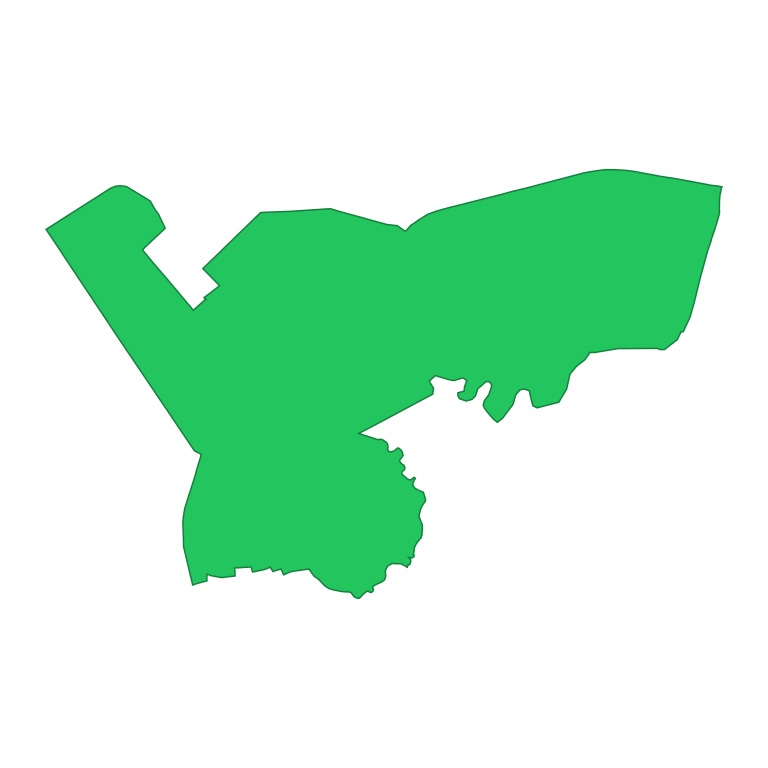 the district of Jeshwang, Banjul, Gambia
{"feature_id": "56634734B33214654746760", "entity_name": "Jeshwang", "entity_type": "district", "adm_level": 2, "iso_a3": "GMB", "parent_name": "Gambia", "parent_adm1": "Banjul", "projection": "mercator", "projection_center": [-16.661, 13.451], "detail": "fine", "context": "isolated", "style": "filled", "palette": "green", "viewbox_px": 768, "rotation_deg": 0, "n_neighbors": 0, "source": "geoboundaries", "source_scale": "gbopen_adm2", "svg_char_len": 5473}
<svg xmlns="http://www.w3.org/2000/svg" viewBox="0 0 768 768"><path d="M46.1,229.4L60.4,250.8L71.6,267.8L91.9,298.2L96.3,304.9L100.1,310.5L100.3,310.8L109.0,323.9L115.4,333.6L119.1,339.1L120.1,340.6L133.7,360.7L143.2,374.8L147.7,381.5L153.6,390.2L155.9,393.7L165.3,407.6L166.4,409.1L181.0,430.9L194.5,450.9L194.7,451.0L201.1,454.3L200.3,458.0L199.4,460.8L199.1,461.7L196.3,471.2L195.0,476.1L190.0,491.8L189.1,494.5L185.4,506.4L184.7,508.5L184.4,510.5L183.4,516.5L183.0,520.7L183.0,520.8L182.9,522.5L183.5,542.2L183.5,543.2L183.6,546.8L184.7,551.4L185.7,555.6L186.2,557.9L186.3,558.1L189.1,570.0L189.7,572.6L192.7,585.0L195.9,583.9L198.2,583.2L199.1,582.9L200.0,582.7L201.9,582.2L203.6,581.7L205.8,581.2L206.9,581.0L206.9,579.3L206.9,577.4L206.9,575.9L207.0,574.2L210.8,575.5L211.6,575.8L216.5,576.6L219.2,577.1L221.9,577.6L227.9,576.8L228.2,576.8L228.9,576.7L235.0,576.0L235.0,571.5L234.9,571.2L234.8,569.6L234.5,567.9L238.6,567.8L243.7,567.4L250.5,567.0L251.1,567.0L252.5,571.8L252.6,572.0L253.2,571.9L260.9,570.3L264.9,569.4L268.3,568.1L269.9,567.0L271.2,568.8L272.9,571.5L276.0,570.5L276.2,570.4L281.1,569.1L282.6,572.5L283.6,574.8L283.8,574.8L290.3,571.9L295.2,570.9L300.9,570.2L303.4,569.8L303.7,569.8L304.2,569.7L306.6,569.4L309.1,569.1L309.5,569.8L311.0,571.9L313.1,574.8L313.5,575.4L314.1,576.2L318.5,579.2L320.9,581.8L324.8,585.8L328.6,588.4L331.1,589.2L331.3,589.3L333.1,589.8L337.2,590.6L339.8,591.2L343.2,591.7L346.4,591.9L348.0,591.9L349.2,591.9L351.1,592.7L352.4,594.5L353.7,596.3L355.0,597.3L357.3,598.2L358.9,598.3L360.5,597.3L361.7,595.6L363.4,594.1L365.0,592.8L366.3,591.6L368.3,591.2L369.9,592.4L371.5,592.4L372.9,591.2L373.5,589.8L373.0,588.4L372.7,587.5L372.6,586.9L373.8,585.7L376.4,584.4L381.9,581.8L384.2,580.2L385.4,577.9L385.7,575.4L385.6,574.9L385.5,572.6L385.5,572.4L385.4,570.2L385.6,569.9L387.9,565.8L392.3,563.5L397.2,563.8L400.8,563.7L405.0,565.9L406.6,566.9L407.0,567.2L407.3,567.3L407.7,565.3L407.9,565.4L408.9,564.9L410.1,564.0L410.8,560.8L410.8,559.9L409.4,558.2L408.7,557.5L411.7,557.8L412.4,557.8L414.0,556.7L414.1,555.2L413.6,554.4L413.6,553.0L413.9,552.2L414.1,550.9L414.2,549.8L414.3,547.9L415.3,545.6L416.3,543.7L417.4,542.2L417.5,542.1L419.3,539.9L420.2,538.7L421.2,537.6L421.4,536.4L422.1,534.6L422.0,532.9L422.2,531.6L422.4,529.5L422.4,527.4L422.4,526.9L422.3,525.8L422.2,524.9L422.0,523.9L421.3,522.4L420.7,521.0L420.2,519.1L419.2,517.8L419.2,516.5L419.2,515.7L419.2,514.4L419.5,513.5L419.6,513.2L419.9,512.3L420.4,510.2L420.6,509.1L421.6,507.2L422.3,505.6L423.7,503.5L425.0,501.8L425.3,501.5L425.6,499.7L425.6,499.4L424.0,494.4L423.3,492.2L418.5,490.2L416.4,489.0L415.3,488.7L414.1,487.1L412.9,485.2L412.9,483.9L413.0,483.0L413.5,482.0L414.2,480.2L415.3,478.6L414.6,477.4L413.3,477.8L411.4,479.5L410.0,479.9L408.1,479.4L407.5,479.0L406.7,478.5L405.4,477.1L404.7,476.6L403.3,475.3L402.5,475.0L401.9,473.6L401.9,472.2L402.4,471.3L404.3,470.0L404.9,468.0L404.1,465.4L401.6,463.8L400.5,462.7L400.2,462.0L399.8,461.3L399.8,459.7L401.9,457.3L403.1,455.3L402.0,451.4L401.0,450.0L398.7,448.1L397.4,448.1L395.4,449.9L393.6,451.1L390.8,452.0L388.7,451.4L387.6,449.6L387.8,447.7L388.0,446.1L387.4,443.9L386.4,442.4L384.9,441.3L383.5,440.3L382.3,439.6L380.8,439.3L380.5,439.2L378.8,439.6L377.7,439.6L358.7,433.5L377.5,423.6L400.0,411.6L432.8,394.1L433.5,388.2L429.2,381.2L435.2,375.8L435.4,375.6L448.4,379.5L453.9,380.6L462.9,377.8L466.8,380.5L464.5,386.8L464.1,391.2L457.9,392.8L457.9,395.6L459.5,398.7L466.1,401.0L472.0,399.4L475.5,395.8L477.8,388.7L481.7,385.5L486.0,381.6L489.3,381.7L491.7,384.9L490.9,388.8L488.6,395.1L484.4,400.7L483.2,405.0L484.4,408.2L488.0,412.9L493.1,418.8L497.4,422.3L502.5,418.3L513.0,404.4L515.7,395.0L520.0,389.8L524.6,389.0L529.4,390.9L531.0,398.8L533.0,405.9L537.3,407.8L558.8,402.2L566.6,389.1L570.0,374.1L575.7,367.2L576.6,366.2L584.8,359.8L588.3,355.0L589.7,352.5L589.8,352.5L594.7,352.5L617.9,348.6L657.1,348.4L660.2,349.6L664.5,349.6L669.3,345.8L677.3,339.6L680.9,332.2L683.3,331.6L690.0,317.3L694.2,302.5L700.7,276.0L702.5,269.8L707.3,251.9L710.7,242.0L711.8,237.9L714.2,231.1L716.6,223.5L717.8,219.4L719.5,213.4L719.4,206.6L719.5,200.3L720.0,194.7L720.5,192.6L721.4,188.1L721.9,186.8L717.5,186.0L711.1,185.3L707.1,184.5L697.6,182.7L677.5,179.0L659.1,176.1L655.6,175.4L646.3,173.7L633.3,171.3L625.1,170.3L614.4,169.7L605.3,169.7L596.9,170.7L590.6,171.7L583.8,172.9L525.8,188.2L512.7,191.3L501.8,194.3L454.5,206.3L448.3,207.8L436.6,211.1L428.0,214.2L419.1,219.6L413.9,223.4L410.9,225.2L409.3,227.1L407.5,229.0L406.2,230.7L405.7,231.2L404.1,230.5L403.4,230.0L401.7,228.8L397.3,225.7L386.9,224.5L375.1,221.3L364.0,218.2L338.9,211.3L330.3,208.7L294.2,211.1L291.1,211.3L260.7,212.5L251.9,221.0L235.7,236.7L219.5,252.5L202.8,268.6L219.1,285.2L219.6,285.7L219.5,285.8L204.7,297.1L204.0,297.6L206.0,299.6L205.3,299.7L204.4,300.3L202.2,302.3L193.4,310.2L193.2,310.0L192.8,309.5L192.6,309.6L190.8,307.1L186.9,302.6L174.6,287.9L174.1,287.3L173.7,286.9L165.8,277.5L165.7,277.4L163.5,274.8L153.1,262.8L152.7,262.3L147.1,255.5L143.0,250.5L142.8,250.3L142.6,250.1L143.8,248.5L144.0,248.3L144.7,247.6L144.9,247.4L152.8,239.9L153.8,239.0L154.9,238.0L164.6,228.8L164.9,228.5L165.2,228.2L158.2,213.6L157.4,212.6L155.7,210.3L154.6,208.8L150.8,201.9L150.4,201.4L150.4,201.1L148.9,200.2L127.3,187.0L124.8,186.2L120.0,185.8L115.7,186.2L115.2,186.3L115.0,186.5L113.1,187.2L111.2,188.0L110.6,188.2L94.1,198.8L93.9,198.9L78.8,208.5L68.1,215.3L46.4,229.2L46.1,229.4Z" fill="#22c55e" stroke="#15803d" stroke-width="1.5"/></svg>